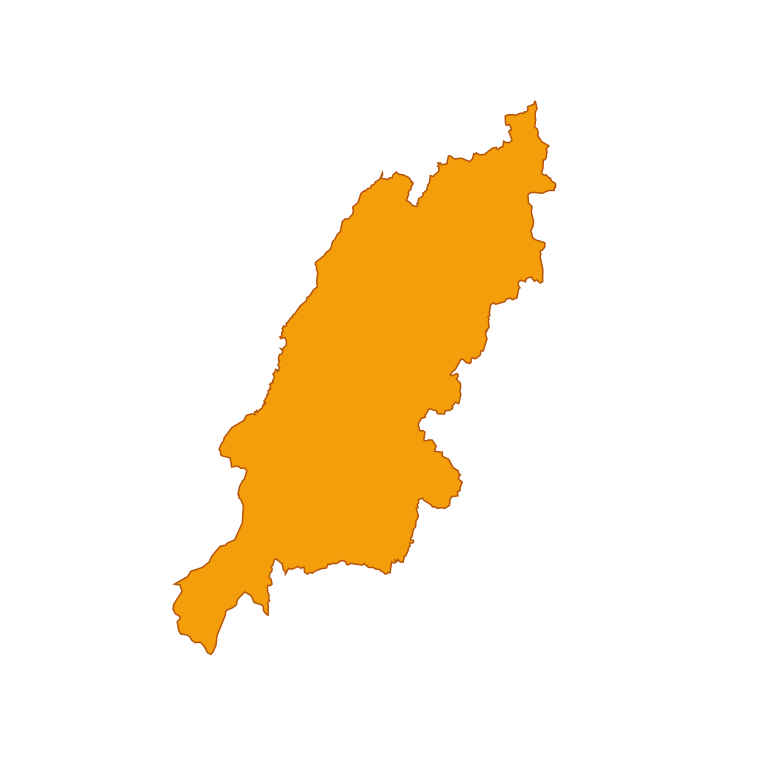 Taunggyi, Shan, Myanmar, rotated 209°
{"feature_id": "60261553B67272669909031", "entity_name": "Taunggyi", "entity_type": "district", "adm_level": 2, "iso_a3": "MMR", "parent_name": "Myanmar", "parent_adm1": "Shan", "projection": "robinson", "projection_center": [96.903, 20.784], "detail": "fine", "context": "isolated", "style": "filled", "palette": "amber", "viewbox_px": 768, "rotation_deg": 209, "n_neighbors": 0, "source": "geoboundaries", "source_scale": "gbopen_adm2", "svg_char_len": 6152}
<svg xmlns="http://www.w3.org/2000/svg" viewBox="0 0 768 768"><g transform="rotate(209 384 384)"><path d="M487.8,568.0L486.9,561.1L489.5,556.6L489.4,553.9L491.3,551.6L490.9,548.7L492.8,547.3L494.2,543.2L495.2,543.2L496.5,539.4L494.7,529.9L497.2,523.5L494.8,520.7L493.8,517.6L495.2,511.0L497.9,509.6L499.3,505.8L496.1,496.2L497.4,491.9L497.0,486.8L498.0,483.4L496.4,477.9L496.7,474.1L498.2,471.9L498.8,466.9L502.8,457.3L502.1,455.2L500.2,454.7L498.8,451.7L496.2,449.7L492.2,440.5L489.4,436.7L491.3,432.1L491.8,424.7L493.3,422.4L492.3,419.0L495.1,412.0L496.1,402.0L497.2,399.5L496.4,398.2L497.5,397.2L498.3,390.4L499.1,389.9L497.5,387.6L498.8,385.9L499.8,386.2L500.0,383.0L497.9,381.9L498.4,379.7L496.7,376.2L497.9,374.8L496.4,373.6L493.2,376.6L490.4,374.5L488.3,371.0L489.8,365.0L491.2,364.8L488.5,363.7L487.9,360.5L489.6,359.2L489.1,356.1L487.8,353.7L486.7,354.0L486.0,349.3L483.3,347.5L482.7,345.1L483.1,343.4L484.0,344.6L485.9,344.2L485.3,342.4L485.9,338.9L483.3,337.1L482.7,332.2L481.6,331.4L483.2,330.1L483.9,328.1L482.0,327.6L482.0,325.0L480.7,324.6L482.2,322.1L480.5,319.9L481.2,317.8L480.3,316.6L480.7,310.8L479.1,310.6L479.5,308.5L478.3,308.8L479.6,306.6L478.9,303.6L481.0,299.9L480.9,297.8L482.2,298.5L481.8,297.8L483.5,297.2L483.3,295.3L482.2,294.8L485.7,293.4L489.2,289.7L488.9,284.1L495.9,272.3L497.7,259.2L496.7,256.5L497.3,253.5L496.5,246.7L494.2,245.7L492.6,243.0L490.8,242.7L482.7,244.8L477.0,237.5L472.1,241.4L468.4,240.8L465.3,242.8L461.9,241.6L459.9,232.9L460.7,231.5L460.7,224.8L458.2,216.5L456.4,216.4L456.0,214.3L453.2,213.5L448.0,209.4L440.6,194.0L439.0,175.2L443.9,168.9L444.4,166.3L448.7,162.5L451.1,150.2L450.6,143.4L453.9,135.5L462.2,126.5L462.4,120.2L470.3,107.3L465.1,109.3L460.1,104.9L461.1,89.4L459.4,84.8L455.4,82.0L449.3,81.7L448.7,79.7L449.6,75.7L443.9,68.7L440.5,66.8L435.0,68.9L431.2,68.9L428.4,66.8L423.9,66.2L419.2,69.2L413.2,67.0L408.4,63.5L404.4,63.5L403.6,67.2L404.2,73.7L408.1,83.0L410.7,104.9L412.0,108.0L411.6,110.5L408.2,114.5L406.0,119.4L407.4,122.9L407.2,126.5L404.9,134.7L397.4,134.4L391.8,130.0L383.4,131.6L381.6,130.6L379.3,127.2L375.0,125.4L373.3,125.7L377.7,134.0L379.8,136.1L379.0,139.1L380.3,139.6L382.3,143.8L384.8,145.5L387.4,149.6L387.8,151.7L385.8,152.5L384.9,154.6L387.8,158.2L390.9,159.6L391.9,163.4L391.4,166.0L392.3,168.2L393.9,169.2L393.5,171.7L394.7,176.9L394.1,178.7L385.9,177.3L382.0,172.8L379.1,171.7L378.1,170.1L378.0,176.5L374.8,177.3L370.5,182.8L367.3,182.5L365.2,185.2L362.3,180.9L358.8,180.6L357.7,183.2L354.9,183.7L353.6,186.9L349.4,192.0L345.2,195.1L345.6,198.9L343.5,200.1L341.6,202.9L340.4,202.7L338.2,204.3L335.8,208.8L332.0,210.2L329.1,208.0L327.6,208.6L326.3,210.9L315.3,215.0L314.3,217.2L308.7,216.1L304.0,218.4L301.9,218.0L297.9,219.7L296.3,218.8L295.0,219.4L291.0,218.4L289.5,219.3L289.1,221.1L287.2,221.7L291.0,232.0L288.9,232.1L287.1,233.6L288.9,235.4L286.5,235.6L286.7,237.5L283.8,236.1L280.9,237.3L282.6,243.0L281.8,243.8L282.1,249.8L283.2,252.6L282.6,254.9L284.4,257.2L281.6,259.2L281.6,260.2L282.4,261.5L285.0,260.4L285.8,261.5L285.7,264.8L287.8,270.6L287.2,274.6L289.8,280.2L289.4,282.7L290.1,285.4L295.5,290.8L294.2,292.3L296.5,294.5L296.2,296.7L297.8,299.4L295.0,302.9L293.1,301.7L283.8,301.1L282.1,299.9L280.0,301.3L276.9,301.1L273.6,303.8L270.6,304.7L267.9,309.5L270.3,315.2L270.2,318.2L265.2,322.0L267.4,325.1L265.8,327.9L267.2,330.2L268.0,336.2L272.8,336.9L273.6,340.0L273.1,341.6L275.1,341.8L277.2,344.1L282.8,344.3L291.2,349.6L296.8,349.1L298.3,349.7L299.9,352.6L307.1,349.6L308.3,355.0L314.6,358.3L318.1,356.6L319.8,354.3L322.0,354.3L324.9,361.8L327.6,362.0L329.9,360.4L334.4,365.1L334.7,367.0L334.6,372.0L331.7,375.0L332.7,376.1L332.6,384.3L325.2,385.9L322.8,383.9L316.6,387.1L317.4,390.5L313.8,392.7L312.2,395.5L312.5,396.9L313.9,397.5L312.9,399.7L313.2,401.4L312.1,402.8L309.4,402.8L309.2,403.7L311.7,412.1L314.3,414.6L315.4,418.5L317.7,421.8L323.1,423.3L322.8,425.9L323.8,428.2L325.6,428.4L328.2,424.3L330.5,424.2L330.1,428.0L328.7,431.1L328.7,442.6L326.8,443.9L322.4,442.6L319.1,443.5L318.4,445.3L319.9,448.0L319.6,449.7L316.8,450.1L315.6,451.6L313.9,455.9L315.2,459.9L313.3,461.1L315.8,473.4L319.3,476.7L320.1,479.2L319.5,480.3L320.6,480.3L319.5,484.3L323.4,490.0L323.5,491.6L325.6,493.2L324.6,495.2L326.5,497.5L329.3,505.3L326.8,508.4L325.1,507.8L318.4,514.4L317.9,518.1L315.1,520.2L312.6,520.1L309.4,523.8L312.3,532.1L311.7,534.0L313.8,534.8L316.0,538.1L314.5,541.2L309.8,542.0L310.5,544.1L310.0,546.2L307.1,549.0L302.3,546.7L300.9,549.1L296.3,548.0L294.9,550.4L300.6,561.1L309.6,571.6L309.6,573.3L312.1,576.0L310.6,577.3L310.0,579.8L309.9,582.4L311.8,585.5L321.2,583.6L324.8,584.1L330.0,589.3L330.1,593.8L331.8,598.4L338.7,606.0L340.6,611.0L345.4,612.4L349.7,619.1L349.9,620.2L347.4,623.5L338.1,627.5L333.9,633.0L329.0,635.8L330.1,638.1L329.4,639.2L330.5,639.8L330.1,641.3L331.4,642.5L335.9,642.8L338.6,644.8L339.6,644.1L343.4,645.5L345.7,644.2L348.3,644.7L349.7,650.0L353.3,657.2L352.0,658.1L351.8,660.5L354.5,666.9L356.1,667.8L355.2,672.2L363.1,672.3L370.1,675.8L370.6,678.0L373.5,681.3L376.9,681.9L379.3,688.5L382.5,692.8L383.6,696.0L383.6,698.9L388.5,704.5L389.2,704.3L388.6,701.3L392.8,696.2L390.7,692.5L392.2,690.2L393.1,690.3L393.3,688.3L395.9,687.1L399.5,682.4L401.1,682.5L406.6,679.2L407.8,676.9L403.7,670.4L402.1,669.6L400.1,671.7L396.6,669.2L395.9,667.4L397.0,667.0L397.3,665.4L390.5,659.6L390.9,656.4L394.4,654.2L397.0,654.5L395.2,648.9L397.2,647.2L397.8,644.4L399.3,644.3L400.3,645.6L403.8,642.5L407.4,633.5L411.5,630.8L415.3,630.9L416.2,628.6L417.1,628.9L415.8,623.8L417.0,620.0L425.7,619.0L431.8,614.9L435.7,615.7L438.2,614.8L435.9,607.1L440.3,603.4L442.0,604.8L444.0,603.3L442.2,602.3L442.7,600.6L440.9,600.0L439.3,596.6L441.7,589.3L444.5,588.8L441.9,582.3L442.2,579.3L440.6,574.2L442.4,569.7L441.5,568.7L441.4,566.6L443.6,562.8L441.8,558.4L442.7,558.1L441.2,556.1L441.7,554.9L445.8,554.0L449.9,555.5L453.4,555.5L454.4,561.8L455.4,562.8L455.6,565.9L454.8,567.2L455.9,570.2L455.7,573.2L456.7,574.4L458.0,573.7L458.2,574.6L462.7,576.6L468.7,576.2L473.1,574.5L475.9,575.4L477.4,571.5L477.0,568.1L479.2,566.8L479.9,564.7L485.4,562.8L486.3,562.7L486.8,566.7L487.8,568.0Z" fill="#f59e0b" stroke="#b45309" stroke-width="1.5"/></g></svg>